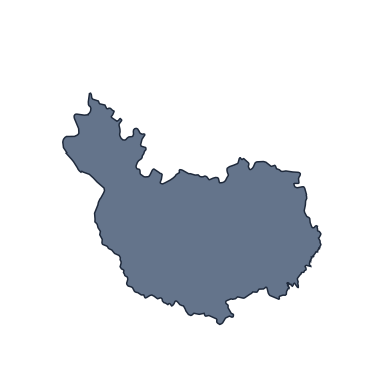 Palestina, Caldas, Colombia (orthographic projection), rotated 331°
{"feature_id": "7082276B25073710076057", "entity_name": "Palestina", "entity_type": "district", "adm_level": 2, "iso_a3": "COL", "parent_name": "Colombia", "parent_adm1": "Caldas", "projection": "orthographic", "projection_center": [-75.648, 5.066], "detail": "fine", "context": "isolated", "style": "filled", "palette": "slate", "viewbox_px": 384, "rotation_deg": 331, "n_neighbors": 0, "source": "geoboundaries", "source_scale": "gbopen_adm2", "svg_char_len": 6048}
<svg xmlns="http://www.w3.org/2000/svg" viewBox="0 0 384 384"><g transform="rotate(331 192 192)"><path d="M151.2,56.4L150.0,56.2L145.0,62.9L143.8,65.4L143.8,66.7L144.4,67.9L144.1,69.9L142.7,71.8L142.0,72.4L140.4,73.3L139.0,73.5L138.7,74.1L135.1,72.6L129.0,68.0L127.7,67.5L126.8,67.7L125.8,68.3L125.2,69.4L124.8,70.8L123.6,81.5L122.1,84.7L121.3,86.0L119.4,86.6L116.2,86.4L109.1,82.6L107.4,82.7L105.4,83.5L104.4,84.3L103.2,85.7L101.1,90.9L101.6,96.8L100.7,97.0L102.6,105.2L103.1,108.1L103.5,115.2L103.4,116.9L103.7,118.8L104.5,120.9L105.7,120.5L106.3,121.6L110.8,126.8L112.5,131.8L113.8,137.1L117.0,145.9L116.1,148.5L114.0,150.1L109.4,153.0L108.1,153.5L105.2,155.6L103.4,157.7L96.5,163.3L94.1,168.6L92.6,171.1L93.0,172.2L93.4,174.4L92.5,177.7L92.8,182.0L90.6,184.7L90.5,190.0L88.7,192.6L88.4,193.7L88.5,194.5L89.0,195.2L91.2,197.9L91.6,198.9L91.6,200.7L92.0,201.5L93.7,203.8L94.5,208.2L97.5,212.2L97.5,214.7L96.3,216.4L96.2,218.6L95.4,220.0L92.9,222.5L93.0,225.0L94.0,226.3L94.4,227.5L93.9,228.3L93.0,229.2L93.1,230.7L92.8,232.3L92.9,232.9L94.1,234.9L94.1,235.8L93.3,237.5L90.7,240.0L90.3,240.9L90.3,241.9L90.6,243.3L93.0,245.7L93.6,246.9L93.5,250.8L93.8,251.7L94.7,252.8L95.8,253.7L97.7,257.4L99.7,258.5L99.9,258.8L99.6,261.2L99.8,262.0L101.1,262.3L105.1,262.1L106.9,262.6L108.3,264.7L110.0,268.5L110.3,268.8L112.9,269.2L113.6,269.8L114.0,271.3L113.3,272.8L113.8,275.1L115.1,276.5L116.3,278.8L117.7,278.4L118.2,278.6L118.7,279.4L118.9,281.7L119.8,281.9L121.0,281.5L122.1,281.0L124.1,279.5L124.6,279.4L125.6,279.9L126.2,281.6L126.7,284.5L128.1,286.4L129.3,287.5L129.3,291.0L129.0,293.1L129.5,297.4L131.1,299.4L132.1,299.6L134.9,299.0L139.0,302.5L143.8,304.0L143.4,305.7L143.5,306.8L143.9,307.3L146.9,308.2L151.8,314.7L151.9,315.7L151.0,316.9L150.6,318.1L151.0,319.5L152.1,321.3L154.2,321.5L155.5,321.2L160.2,318.5L164.5,318.7L166.2,320.8L167.2,321.1L167.8,320.8L168.7,319.6L168.7,318.8L167.5,317.1L167.4,310.7L168.5,308.9L168.6,308.1L167.8,306.2L167.8,305.4L168.2,304.5L169.0,303.9L169.8,303.9L174.3,304.4L175.5,305.5L178.3,306.4L181.0,305.8L185.4,309.7L186.6,310.1L192.8,309.5L194.9,309.5L196.7,308.9L199.9,310.9L200.7,311.0L202.5,309.9L203.6,309.5L207.6,311.5L210.5,311.1L211.0,311.7L211.0,312.6L209.7,317.3L209.7,319.1L210.0,320.3L215.9,327.8L216.6,327.8L217.4,326.0L218.1,325.7L220.6,326.1L221.7,326.4L223.5,327.5L224.9,327.2L226.5,324.8L229.4,323.0L230.0,323.5L230.5,323.0L230.7,322.6L230.3,321.3L230.8,321.1L230.9,320.7L230.4,319.9L230.6,319.6L231.7,319.4L231.8,319.0L230.8,318.1L231.0,317.8L231.4,317.6L232.1,317.9L232.6,318.8L232.4,319.7L232.7,320.1L233.8,320.7L233.5,322.0L234.2,323.1L235.3,322.5L236.2,321.6L237.2,321.4L237.5,321.5L238.0,326.1L238.2,326.7L238.7,327.0L239.6,325.4L240.1,323.4L241.3,322.0L241.7,319.9L242.1,318.9L243.0,318.3L247.0,316.6L247.6,316.6L248.7,315.5L250.8,316.4L252.3,315.4L253.8,315.4L254.3,315.0L254.8,313.7L254.7,312.1L255.5,311.5L256.5,311.6L259.8,314.7L260.0,314.0L259.3,313.1L260.0,311.6L261.2,310.1L261.7,310.1L262.0,310.4L262.3,309.7L262.2,309.2L263.0,308.8L262.9,309.2L263.2,309.2L263.4,308.4L264.8,307.8L264.8,306.8L265.3,307.0L266.0,306.8L266.4,307.4L267.1,307.4L267.3,307.1L266.8,306.7L269.7,305.5L271.2,304.5L271.8,304.9L272.4,304.6L272.8,305.2L273.3,304.5L274.7,303.4L275.8,303.4L275.6,302.7L275.8,302.4L276.9,302.5L277.1,301.9L278.5,301.1L279.3,300.4L279.5,298.4L280.3,296.8L280.3,293.6L281.1,293.5L283.2,292.2L284.2,291.4L284.5,290.7L284.2,288.2L283.2,287.1L283.1,286.6L283.9,285.2L284.2,283.7L285.1,282.8L284.3,281.7L283.3,281.7L281.6,282.3L280.5,282.0L279.9,281.3L279.9,280.0L280.5,276.1L282.1,272.3L281.9,271.1L280.5,269.0L280.6,264.4L281.2,262.6L284.8,258.4L287.1,254.8L289.2,253.3L290.1,251.3L290.3,250.4L290.9,249.7L292.4,243.4L292.2,241.6L291.0,240.9L286.3,239.4L285.5,238.8L284.6,237.5L284.5,236.7L284.7,235.5L285.1,234.2L285.9,234.2L288.9,235.9L289.7,236.0L290.1,235.6L291.6,232.0L292.8,230.9L294.4,230.0L295.3,229.0L295.6,228.5L295.4,227.4L294.6,226.4L289.8,223.3L284.3,219.1L281.8,218.2L280.6,217.6L279.9,216.9L279.2,214.9L277.2,212.6L277.6,209.8L277.3,208.8L273.9,208.1L273.5,207.6L271.1,201.8L269.3,200.0L263.4,197.1L261.9,197.0L261.1,197.3L258.0,199.7L256.2,200.6L254.5,200.8L253.7,200.6L253.3,200.0L253.5,197.4L254.0,196.5L254.9,195.7L255.5,194.7L255.5,193.8L253.5,188.0L253.1,187.7L251.5,187.9L251.1,187.3L250.9,185.5L250.4,185.3L249.5,185.7L246.5,188.8L245.6,189.2L241.8,188.8L237.0,188.0L234.4,188.3L233.8,188.8L233.0,190.2L232.5,191.8L232.1,194.7L231.8,195.1L229.2,196.6L226.9,198.2L225.1,198.7L223.5,198.6L221.2,197.7L220.7,197.3L220.6,196.8L221.6,193.2L221.5,192.3L221.0,191.6L219.6,190.7L217.1,190.1L213.4,189.8L212.8,189.3L212.3,185.9L211.7,185.0L211.0,184.3L208.9,184.0L207.4,183.2L206.4,182.2L205.7,180.0L202.9,178.7L199.5,175.2L197.9,174.3L194.4,168.6L193.7,167.7L192.3,166.6L191.7,166.7L191.2,167.1L190.4,168.9L186.6,169.1L185.0,170.0L182.6,170.6L178.9,171.0L173.0,170.9L170.3,170.7L169.3,169.9L168.7,168.9L168.9,168.1L171.4,166.0L174.3,162.3L174.3,161.7L173.9,160.9L173.0,160.0L172.8,159.2L170.1,153.9L169.8,153.4L169.1,153.3L167.8,153.7L163.7,156.6L162.0,157.4L161.1,157.4L158.3,156.1L157.3,155.2L155.6,151.5L155.7,150.5L156.8,148.2L157.0,147.0L156.7,146.4L155.2,145.1L155.1,143.9L155.3,142.9L155.9,141.9L158.5,139.7L160.3,138.8L164.0,138.3L165.0,137.7L166.1,136.3L168.4,135.1L170.1,133.4L171.9,132.8L172.4,132.4L173.0,131.1L172.9,130.5L169.8,127.3L170.0,125.7L173.9,121.6L178.3,119.3L178.6,118.6L178.1,117.9L176.5,117.3L175.3,115.8L175.0,114.4L175.2,113.3L175.0,110.5L174.3,109.5L173.2,109.0L172.4,108.9L171.0,109.4L169.9,110.8L168.9,113.1L167.2,114.5L166.5,114.5L163.7,113.3L163.1,113.2L161.6,113.4L159.5,114.1L158.4,114.0L156.7,112.8L156.0,110.2L156.2,107.6L156.8,106.2L158.2,104.6L159.4,102.2L160.6,98.1L161.4,97.1L165.1,95.4L165.4,94.7L164.9,93.0L164.4,92.9L162.5,93.7L160.7,93.7L158.2,88.8L157.8,87.7L158.0,86.9L160.2,85.9L162.8,83.9L163.0,83.4L162.1,82.1L161.3,79.5L160.8,78.9L159.9,78.4L158.7,78.4L157.8,77.6L158.0,73.7L154.1,70.2L153.9,69.3L154.2,67.0L150.2,62.7L150.0,61.1L151.2,57.9L151.2,56.4Z" fill="#64748b" stroke="#1e293b" stroke-width="1.5"/></g></svg>